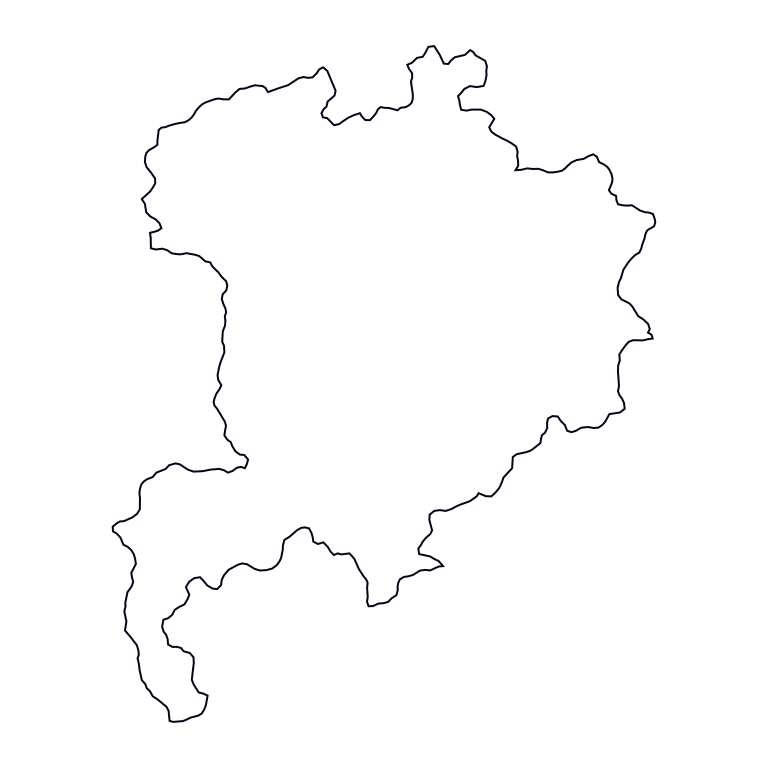 Medina, Minas Gerais, Brazil (orthographic projection)
{"feature_id": "56859067B34003853374610", "entity_name": "Medina", "entity_type": "district", "adm_level": 2, "iso_a3": "BRA", "parent_name": "Brazil", "parent_adm1": "Minas Gerais", "projection": "orthographic", "projection_center": [-41.531, -16.312], "detail": "fine", "context": "isolated", "style": "outline", "palette": "ink", "viewbox_px": 768, "rotation_deg": 0, "n_neighbors": 0, "source": "geoboundaries", "source_scale": "gbopen_adm2", "svg_char_len": 6068}
<svg xmlns="http://www.w3.org/2000/svg" viewBox="0 0 768 768"><path d="M161.5,127.6L158.7,130.0L157.5,139.9L157.3,144.9L153.7,147.5L149.1,150.1L146.4,152.9L145.3,156.5L144.9,162.0L146.6,167.2L150.9,172.4L155.1,178.5L155.2,183.4L153.0,187.3L150.1,191.5L141.8,199.1L144.9,203.9L146.2,212.2L150.2,216.4L155.7,219.4L159.5,223.3L161.4,228.2L157.9,230.7L154.0,231.9L150.0,232.8L150.7,237.8L150.9,248.3L155.9,249.5L162.2,248.7L167.1,250.1L171.5,253.2L175.2,253.9L180.2,254.4L186.5,253.2L195.3,254.8L199.3,256.1L205.2,261.3L210.2,262.4L212.4,266.5L218.6,272.6L221.3,276.5L226.2,281.3L227.3,285.7L226.3,290.4L222.7,294.2L221.8,299.0L223.3,303.9L225.4,308.4L226.2,312.2L224.8,316.3L225.4,320.7L225.0,325.7L222.8,331.3L222.2,341.7L224.0,345.8L224.4,352.4L220.6,362.1L219.1,367.3L217.6,375.0L218.1,379.7L221.4,385.3L219.2,389.6L216.2,394.0L214.5,398.4L213.6,402.0L214.5,405.6L217.0,408.6L225.0,421.9L226.0,425.9L225.0,430.8L224.4,435.5L227.4,439.8L230.8,442.2L232.1,445.8L235.3,451.2L239.9,454.6L244.3,455.0L248.1,459.6L246.8,464.2L244.9,468.2L240.8,466.9L237.0,467.7L232.3,471.1L228.0,472.6L224.1,470.3L219.3,468.9L210.7,469.6L202.4,471.2L193.5,471.6L187.8,469.6L179.9,464.4L175.5,463.4L169.2,465.2L165.6,469.0L156.4,472.6L152.6,477.1L146.9,479.3L143.5,481.7L141.3,484.5L140.0,488.7L139.4,493.1L140.0,498.1L139.8,509.4L137.0,513.9L132.4,517.4L123.8,521.2L120.0,521.4L116.9,523.2L112.7,526.6L113.0,531.3L116.9,533.7L120.5,537.7L123.4,544.7L127.8,546.9L131.1,549.9L133.8,554.2L135.1,558.8L135.9,564.0L131.3,572.8L132.0,577.6L133.2,581.7L132.0,585.5L130.0,588.9L127.5,592.1L125.4,602.4L125.4,607.1L124.3,611.4L126.4,621.4L125.0,630.5L130.9,637.4L136.9,645.3L138.4,650.6L138.8,654.8L137.6,658.2L138.8,663.6L139.6,670.0L141.8,680.1L145.3,684.1L146.7,688.1L150.0,691.3L152.8,696.3L157.4,699.3L166.3,706.6L168.6,710.8L169.6,720.9L173.2,721.9L182.9,721.1L186.4,719.7L190.4,717.7L198.6,715.5L201.7,713.5L204.1,709.8L205.9,705.1L207.6,695.6L203.0,693.5L198.8,692.5L193.8,684.7L191.8,679.8L193.8,662.8L193.5,657.3L189.8,653.0L183.7,651.3L181.0,648.0L177.2,646.9L172.4,646.9L168.1,644.5L167.6,638.9L166.1,634.8L163.7,631.7L162.1,626.9L163.4,619.8L168.1,618.2L172.1,615.0L174.8,609.8L179.1,607.0L184.4,604.4L187.5,599.2L189.3,594.7L185.9,587.1L189.2,581.7L194.1,578.2L200.0,577.2L203.9,581.3L207.3,585.5L212.7,588.6L217.1,589.1L221.1,585.1L221.8,579.7L224.1,575.1L228.7,569.7L237.8,564.8L242.2,563.4L247.2,564.3L254.7,568.9L259.9,570.5L266.5,570.1L272.1,568.6L276.6,565.3L279.7,561.1L281.2,557.6L282.8,549.4L282.9,545.6L284.4,539.9L289.5,536.8L296.9,530.3L301.1,527.9L304.7,527.4L309.1,528.4L311.6,533.3L312.7,537.2L313.3,541.6L317.9,544.0L323.4,542.4L327.7,546.8L330.7,551.8L333.9,555.0L337.7,553.4L341.1,554.4L349.4,553.4L352.3,556.4L354.6,559.3L358.8,568.9L363.4,576.1L366.1,579.3L367.6,582.6L367.1,587.8L367.7,597.0L367.0,601.6L368.5,606.2L372.9,606.1L378.3,603.6L383.4,603.2L388.2,601.9L391.8,598.1L396.4,595.2L397.7,590.6L397.6,586.7L398.2,583.0L399.9,579.3L403.7,577.0L408.3,576.3L413.1,574.9L419.7,570.7L424.7,569.9L430.3,570.4L438.4,566.6L443.1,566.1L438.7,561.1L434.3,559.0L430.0,556.4L419.2,554.1L418.3,548.6L420.9,545.1L422.8,541.6L426.0,537.7L430.3,534.1L432.1,530.3L429.3,519.8L429.7,514.6L434.3,510.9L439.8,510.1L445.8,510.9L451.3,509.1L455.9,506.6L460.3,504.6L469.8,501.2L476.7,496.4L478.6,493.2L485.9,496.2L491.2,496.4L495.1,493.0L499.3,487.9L501.7,482.7L503.5,477.5L512.1,468.2L512.8,457.0L516.7,454.2L526.4,452.1L530.1,450.8L533.1,448.9L540.4,443.1L541.0,439.0L541.9,435.3L545.0,432.7L547.2,428.2L547.1,422.4L548.1,418.4L552.5,416.1L557.8,416.5L560.8,421.0L564.7,424.8L567.1,430.7L571.4,432.2L575.9,430.8L581.3,427.7L588.3,427.0L593.5,428.0L598.5,427.6L602.3,425.0L605.0,422.0L609.4,414.1L619.9,412.5L624.7,408.8L624.0,402.9L622.0,398.6L619.6,395.3L618.0,391.4L619.0,385.9L618.0,371.9L618.1,366.1L619.8,360.3L619.3,354.5L621.9,350.4L625.5,345.4L628.8,341.8L633.0,340.2L642.7,340.4L647.0,339.4L652.7,338.5L651.5,334.7L648.0,332.6L649.8,329.1L648.1,323.9L643.4,319.5L638.2,316.1L632.1,306.2L629.4,303.4L621.3,299.3L618.1,295.0L617.6,287.8L619.0,282.0L620.8,278.4L623.4,269.8L627.9,262.9L631.0,259.1L634.9,255.2L639.3,252.6L641.3,248.4L642.3,244.4L644.4,238.8L645.7,233.2L647.5,230.1L654.1,226.3L655.3,222.1L654.5,218.2L652.9,213.9L648.4,212.5L644.8,212.2L640.0,210.5L632.0,205.3L626.3,205.6L622.8,205.3L618.0,204.3L616.4,200.0L616.1,195.9L611.5,193.8L608.9,190.2L612.0,182.7L612.5,179.0L611.6,174.4L609.6,170.1L607.4,167.0L604.0,164.5L599.1,162.1L596.8,156.7L593.2,154.3L588.6,156.1L583.5,158.9L576.9,160.0L571.6,162.3L567.8,165.6L565.1,168.4L561.8,170.8L557.4,171.8L553.3,172.4L548.0,172.4L542.9,170.2L538.3,168.8L533.0,169.0L527.2,168.4L521.3,169.8L515.5,170.2L518.2,165.8L518.0,160.2L517.1,156.3L517.6,151.8L516.1,146.5L511.7,143.4L507.1,140.7L502.4,138.5L495.4,134.7L491.4,131.7L489.2,127.3L494.3,118.8L491.3,115.2L486.7,111.8L480.7,109.6L471.7,109.6L466.6,110.6L461.2,109.8L459.9,104.8L459.3,100.4L458.0,96.1L461.2,92.9L464.4,88.9L470.0,86.1L476.7,87.1L483.6,85.9L485.4,81.0L486.5,75.5L486.3,70.8L486.9,66.2L485.2,60.8L475.6,55.4L473.3,52.1L470.2,50.1L464.9,54.9L454.7,57.3L451.1,60.4L448.2,64.0L443.8,63.6L439.8,55.0L434.2,46.1L428.3,46.9L425.7,52.2L422.7,56.8L417.0,57.9L412.2,62.6L407.3,64.8L408.9,68.7L412.1,73.2L412.2,77.9L411.0,81.3L411.5,85.7L412.8,94.0L412.8,98.9L411.6,102.8L408.9,105.4L405.5,107.2L400.5,107.8L397.5,110.3L389.1,108.0L384.7,107.8L380.6,107.1L377.9,109.4L376.2,113.0L373.6,116.3L369.9,120.2L365.3,120.0L362.0,116.7L359.9,113.2L354.2,115.0L348.7,117.5L343.2,121.1L339.1,124.1L334.1,125.2L327.1,118.1L322.9,117.3L321.5,113.1L323.6,109.2L326.5,106.6L327.6,101.6L334.5,95.6L335.6,90.8L327.3,70.9L323.0,67.3L319.2,69.4L316.7,73.3L312.7,77.3L308.1,77.9L303.6,77.0L298.5,78.3L288.2,85.1L279.0,88.1L267.9,92.1L265.6,88.1L262.7,86.1L258.9,85.7L254.9,85.3L249.9,86.7L244.8,88.5L239.6,88.9L235.4,92.4L228.9,99.4L223.2,99.3L218.1,98.5L213.7,99.5L205.9,102.3L202.3,104.2L199.2,107.0L195.8,111.0L194.1,114.2L191.6,117.6L188.3,120.4L184.6,122.3L180.6,122.8L174.9,124.0L169.3,125.6L165.2,127.2L161.5,127.6Z" fill="none" stroke="#020617" stroke-width="2"/></svg>